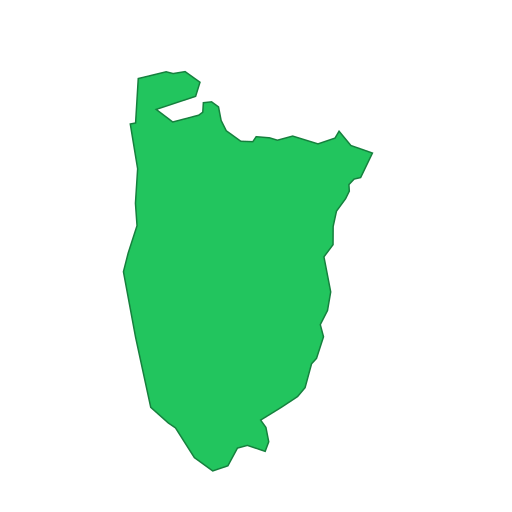 the district of Abalak, Tahoua, Niger, rotated 167°
{"feature_id": "23599985B73397103622086", "entity_name": "Abalak", "entity_type": "district", "adm_level": 2, "iso_a3": "NER", "parent_name": "Niger", "parent_adm1": "Tahoua", "projection": "mercator", "projection_center": [6.168, 15.504], "detail": "fine", "context": "isolated", "style": "filled", "palette": "green", "viewbox_px": 512, "rotation_deg": 167, "n_neighbors": 0, "source": "geoboundaries", "source_scale": "gbopen_adm2", "svg_char_len": 953}
<svg xmlns="http://www.w3.org/2000/svg" viewBox="0 0 512 512"><g transform="rotate(167 256 256)"><path d="M147.0,358.9L152.5,353.1L170.4,351.3L193.3,364.6L209.1,364.0L216.2,368.1L229.0,372.2L233.4,368.1L245.0,371.2L256.8,384.7L259.5,395.9L259.0,409.7L264.6,416.2L272.8,417.2L275.5,408.1L280.1,406.1L307.0,405.3L320.3,421.3L278.9,425.2L271.5,437.9L283.6,451.6L295.7,452.4L302.1,455.7L330.8,455.4L343.4,412.7L348.8,412.9L351.7,367.6L361.6,334.5L365.1,312.3L380.0,287.4L388.7,270.5L391.6,204.1L392.6,132.2L379.0,113.0L373.1,106.6L361.4,73.4L346.5,56.3L340.8,56.9L330.6,57.9L317.3,73.0L307.0,73.4L291.0,63.6L285.4,72.1L284.9,86.7L288.4,95.1L265.0,103.0L247.1,109.7L237.8,116.7L226.1,138.5L220.1,142.6L208.4,162.1L208.8,174.7L198.6,186.8L191.3,204.2L190.0,239.9L178.4,249.7L174.2,267.4L167.5,281.6L155.8,291.7L150.5,298.2L149.4,304.7L143.1,308.9L136.4,308.9L119.4,330.1L138.7,342.3L147.0,358.9Z" fill="#22c55e" stroke="#15803d" stroke-width="1.5"/></g></svg>